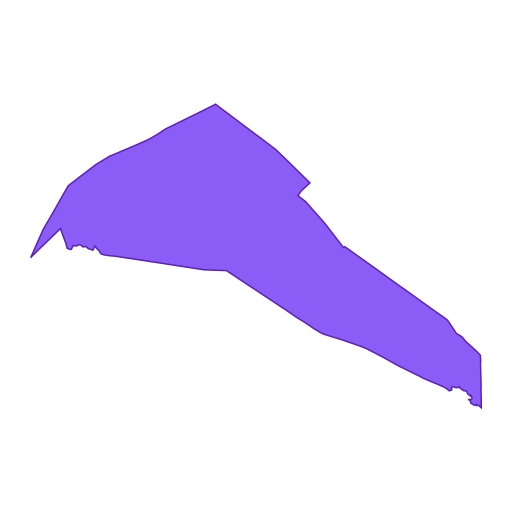 San Andrés Nuxiño, Oaxaca, Mexico
{"feature_id": "50627088B2434012555400", "entity_name": "San Andrés Nuxiño", "entity_type": "district", "adm_level": 2, "iso_a3": "MEX", "parent_name": "Mexico", "parent_adm1": "Oaxaca", "projection": "orthographic", "projection_center": [-97.045, 17.229], "detail": "fine", "context": "isolated", "style": "filled", "palette": "violet", "viewbox_px": 512, "rotation_deg": 0, "n_neighbors": 0, "source": "geoboundaries", "source_scale": "gbopen_adm2", "svg_char_len": 2114}
<svg xmlns="http://www.w3.org/2000/svg" viewBox="0 0 512 512"><path d="M215.6,104.2L214.7,104.7L192.9,115.5L175.0,124.3L165.3,129.1L157.5,134.3L148.5,139.5L132.4,146.6L109.4,156.3L96.1,164.4L79.3,177.2L68.3,185.7L62.3,196.1L55.1,208.9L49.9,217.9L42.9,230.0L42.5,231.0L37.8,241.5L31.3,256.3L30.7,257.6L31.7,256.6L32.8,255.4L39.6,248.7L49.4,239.3L60.5,228.5L62.3,233.8L65.8,243.1L67.1,248.2L69.9,249.4L71.3,249.4L73.2,245.5L76.4,246.0L79.0,244.7L80.7,245.0L83.0,246.9L86.2,246.6L88.3,248.8L90.7,249.2L92.4,250.2L93.1,250.0L95.0,246.1L97.7,249.7L98.8,250.2L100.2,252.8L101.2,254.0L103.7,254.8L108.5,255.6L115.9,256.3L204.2,269.8L226.4,270.6L234.8,276.1L236.5,277.3L242.8,281.5L267.8,298.0L286.3,310.3L296.0,317.0L305.2,322.7L312.7,327.8L313.0,328.1L314.8,329.2L315.3,329.6L315.7,329.7L317.1,330.5L317.9,331.1L318.3,331.3L319.5,332.1L321.0,332.8L322.9,333.9L332.8,337.0L339.9,339.2L340.1,339.2L341.4,339.6L341.6,339.7L342.4,340.0L352.7,343.5L357.2,345.1L365.4,348.1L382.4,356.9L399.1,366.2L417.0,375.0L418.5,375.7L419.2,376.0L422.7,378.0L432.8,382.3L439.1,384.9L442.4,386.4L442.6,386.4L444.0,387.1L446.1,388.3L448.8,390.5L449.6,390.9L450.6,390.2L451.5,390.2L451.7,389.7L451.8,388.5L451.4,387.4L453.4,386.6L455.8,387.7L457.9,387.6L459.1,386.6L460.2,388.3L463.9,390.8L466.4,391.0L467.8,394.1L469.4,395.1L470.8,395.0L470.9,395.5L470.4,396.0L472.0,397.1L471.8,399.0L470.5,399.8L469.7,399.2L468.8,399.7L470.3,400.9L470.6,401.5L470.6,402.6L471.3,403.6L472.1,403.8L472.9,404.4L474.8,405.4L476.5,404.6L476.8,405.6L477.9,405.2L478.2,405.3L478.8,405.6L479.6,406.4L480.1,406.7L481.3,407.8L481.2,397.3L481.1,394.3L481.0,390.9L481.1,385.1L480.5,364.3L480.7,361.4L480.4,355.3L476.8,351.5L469.6,344.9L466.2,341.9L463.6,338.8L462.5,337.3L460.6,335.9L456.5,333.6L447.8,320.5L446.1,319.0L430.4,307.9L401.9,287.5L398.5,285.2L398.3,285.0L372.9,266.7L344.8,246.7L343.4,247.4L324.5,223.0L306.2,202.3L306.0,202.1L305.6,201.6L299.8,197.1L297.9,195.8L301.1,191.0L309.9,182.9L309.2,182.2L289.9,163.2L275.7,149.5L263.2,140.0L247.5,128.3L231.6,116.3L220.1,107.7L219.8,107.5L215.6,104.2Z" fill="#8b5cf6" stroke="#5b21b6" stroke-width="1.5"/></svg>